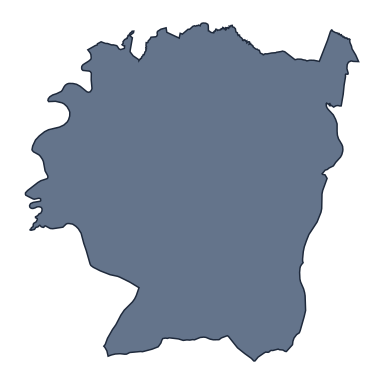 Ban Na Doem, Surat Thani, Thailand
{"feature_id": "78962969B23472682189323", "entity_name": "Ban Na Doem", "entity_type": "district", "adm_level": 2, "iso_a3": "THA", "parent_name": "Thailand", "parent_adm1": "Surat Thani", "projection": "robinson", "projection_center": [99.29, 8.896], "detail": "fine", "context": "isolated", "style": "filled", "palette": "slate", "viewbox_px": 384, "rotation_deg": 0, "n_neighbors": 0, "source": "geoboundaries", "source_scale": "gbopen_adm2", "svg_char_len": 5722}
<svg xmlns="http://www.w3.org/2000/svg" viewBox="0 0 384 384"><path d="M284.7,51.7L282.4,51.1L281.3,51.5L276.4,52.3L275.8,52.7L271.5,53.0L267.1,53.9L265.4,53.8L264.3,54.1L263.7,54.8L263.0,54.7L262.6,54.1L260.3,53.1L259.3,50.3L258.4,50.2L257.3,49.2L256.7,49.3L255.5,48.8L253.2,47.0L253.1,46.1L252.4,45.8L252.2,45.2L250.8,44.4L250.7,43.7L249.2,44.2L249.8,42.8L249.5,41.9L248.3,41.8L246.9,42.8L246.8,40.8L246.0,41.3L244.8,39.8L243.8,40.5L243.5,40.0L242.6,40.3L242.5,39.2L241.7,38.1L239.7,36.5L239.5,35.1L238.1,35.4L238.1,34.6L237.6,34.3L237.4,32.8L235.9,31.9L235.4,28.8L234.0,27.3L232.3,26.8L232.3,25.4L231.0,25.5L230.3,26.3L229.4,26.2L229.8,26.9L228.4,27.5L228.8,27.9L228.7,28.5L228.1,28.4L227.6,27.6L226.2,27.8L226.4,29.1L225.7,30.0L225.4,29.9L225.2,28.0L224.1,28.9L223.5,27.8L222.8,28.4L222.6,27.9L222.2,28.7L221.4,28.7L221.2,29.4L220.4,29.3L220.1,30.0L218.2,30.0L217.5,30.4L216.7,29.3L215.8,29.2L215.2,31.1L214.6,31.0L213.9,31.6L213.9,32.7L213.4,32.8L210.9,32.4L209.2,31.0L208.4,30.8L208.3,25.8L207.8,24.3L205.8,23.2L203.1,23.0L201.4,23.5L200.4,24.9L200.2,25.8L198.6,25.1L197.8,25.7L197.0,25.5L195.6,26.2L194.6,25.8L192.9,26.3L189.6,29.3L188.0,29.3L182.4,34.1L180.2,33.3L179.2,38.1L166.8,32.3L166.1,27.8L160.9,29.2L157.5,31.4L157.1,32.8L157.4,34.9L156.5,36.4L155.6,36.8L151.0,37.2L150.2,38.8L148.1,41.1L147.9,42.4L147.6,42.7L146.2,42.6L146.0,45.5L146.5,46.8L145.9,47.1L145.7,48.0L146.4,48.8L145.8,49.7L146.0,50.3L145.6,51.3L145.0,51.9L144.1,54.7L143.2,54.7L142.9,55.7L141.8,56.8L141.4,58.3L140.6,58.5L140.3,59.3L139.8,59.3L138.9,60.7L138.8,60.0L138.2,59.3L133.1,55.8L130.1,51.8L130.2,50.3L132.4,37.8L130.1,35.9L130.0,35.5L133.5,32.7L133.8,31.1L132.1,31.2L131.6,32.0L130.1,33.1L128.8,35.2L128.0,35.5L128.1,36.2L127.3,37.4L127.2,38.4L126.4,38.4L125.8,39.1L124.7,39.5L123.0,41.7L123.2,43.3L122.0,44.7L123.4,45.7L124.6,45.9L124.4,48.4L120.6,49.6L118.9,48.8L117.2,46.1L116.5,45.6L113.5,44.9L111.5,44.9L107.6,43.5L105.4,43.4L101.1,41.8L97.4,43.8L97.1,45.0L95.4,45.5L87.8,49.8L90.1,52.8L90.9,54.6L91.2,58.0L90.8,59.3L88.7,61.1L83.1,64.6L81.8,66.3L81.6,68.0L81.9,69.4L82.9,70.4L89.3,71.1L90.3,71.6L91.3,73.1L91.2,79.9L92.0,88.5L91.3,90.4L90.0,91.9L88.3,92.3L86.8,91.7L80.2,86.3L76.6,84.3L73.0,83.5L69.0,83.4L67.2,83.9L65.4,85.1L64.2,86.6L62.2,90.3L61.3,91.4L56.5,93.7L52.8,94.9L49.9,96.7L48.3,98.7L47.9,100.4L48.7,101.6L55.5,101.3L62.0,102.8L64.1,103.9L67.0,106.6L69.2,110.5L69.8,112.3L69.7,116.1L68.6,119.6L67.3,121.9L63.9,125.0L59.5,127.1L48.6,129.7L44.6,131.7L39.3,135.9L35.5,140.0L32.7,146.0L32.0,149.6L32.3,150.5L33.6,151.9L38.9,154.8L40.3,156.2L42.4,159.3L43.4,161.6L45.1,170.9L47.7,175.7L47.9,176.9L47.8,177.9L47.0,178.7L40.9,180.7L37.9,182.5L27.6,190.5L25.5,192.8L25.4,194.2L25.9,195.3L33.2,199.0L34.4,199.2L38.4,198.3L39.8,198.4L40.6,198.9L40.7,200.7L40.2,201.2L33.2,202.4L30.6,203.6L29.6,205.4L29.7,206.8L30.2,207.6L31.3,208.3L32.9,208.5L35.0,207.9L37.0,206.9L39.1,206.7L41.0,207.3L41.7,208.1L42.1,209.3L41.9,211.0L41.0,212.8L40.3,213.5L39.3,213.6L37.6,215.7L35.5,216.8L35.5,217.7L37.3,218.6L37.4,219.3L36.2,221.8L33.7,223.4L33.3,224.2L33.1,226.5L31.4,227.8L31.0,228.9L30.1,229.5L30.2,230.1L31.5,230.2L34.5,229.4L35.9,227.4L37.9,226.9L39.6,225.3L39.9,225.3L41.3,226.8L43.2,227.4L43.8,227.3L44.4,226.2L45.4,225.9L50.3,228.5L52.8,228.7L62.9,227.2L66.1,224.1L67.1,223.6L68.9,223.5L72.6,224.1L75.9,226.3L78.3,228.7L81.1,233.2L83.8,243.4L86.3,250.7L90.1,264.0L90.9,265.5L93.3,267.3L100.4,270.9L110.1,274.7L117.6,276.3L119.9,277.2L129.6,282.0L139.0,287.7L136.3,295.5L134.7,298.8L132.5,301.9L124.3,310.1L120.9,315.1L115.9,324.7L112.5,329.5L107.5,338.3L105.2,344.5L103.8,346.2L104.9,347.4L106.9,350.9L108.1,356.2L111.6,354.9L115.4,354.0L120.1,353.7L124.8,354.2L126.6,354.1L129.8,352.5L140.7,351.5L142.5,351.7L152.0,349.2L158.2,346.8L160.9,343.0L161.8,340.3L162.7,338.6L165.2,338.1L167.6,338.4L169.1,337.8L178.4,338.9L183.2,340.4L186.9,339.9L189.9,340.1L192.5,339.6L194.5,339.8L200.1,337.5L203.7,337.1L206.0,337.4L210.0,339.1L213.3,339.8L218.7,339.7L219.2,339.6L221.4,337.9L227.3,335.7L228.5,336.5L237.5,347.8L244.6,353.5L251.4,358.4L253.7,360.9L254.2,361.0L255.0,360.9L258.1,357.1L263.9,353.1L265.6,352.1L268.1,352.3L269.5,351.7L269.9,351.1L271.0,350.4L272.8,350.5L278.2,349.1L279.4,349.7L282.8,350.0L285.2,351.4L286.4,351.5L292.5,344.7L292.9,341.4L294.0,338.1L296.6,334.6L299.3,332.8L300.2,330.6L304.1,316.9L305.6,310.5L305.1,295.8L304.6,292.6L303.6,288.9L300.6,282.0L299.9,279.0L299.6,272.4L300.0,268.1L300.4,266.5L301.5,264.6L303.1,262.7L302.6,261.2L302.6,258.9L303.3,251.6L304.3,246.8L306.4,240.8L308.9,234.5L317.1,222.0L321.0,212.2L321.7,208.6L322.0,194.0L322.7,190.5L327.1,178.4L325.0,174.8L322.7,174.4L322.1,173.8L325.2,170.1L327.3,169.5L329.1,168.0L333.4,165.9L335.6,162.5L340.5,157.1L341.8,154.7L342.7,151.4L342.9,149.7L342.6,146.4L341.8,144.4L338.5,138.8L337.4,135.2L337.1,131.2L337.1,123.9L335.6,119.4L333.3,114.9L327.9,109.1L326.8,107.4L326.3,105.9L326.2,103.6L326.7,103.1L328.3,104.2L329.8,103.5L330.3,104.3L329.4,105.2L329.4,105.6L330.2,105.8L331.2,105.4L333.7,107.1L335.8,105.8L337.9,105.5L339.9,106.0L341.2,105.9L343.2,94.3L344.1,85.3L345.5,76.8L345.4,74.8L345.8,74.1L347.8,74.2L348.1,73.9L348.1,72.9L346.9,68.6L347.2,64.6L348.5,62.2L351.1,60.9L353.2,61.4L358.6,61.6L355.7,55.0L352.0,48.8L351.5,46.2L349.9,42.4L349.7,40.4L350.0,39.5L349.0,38.8L347.8,39.2L347.0,38.1L346.6,38.3L345.9,37.7L345.5,38.1L344.5,37.8L344.1,36.9L343.1,37.1L342.9,36.1L341.2,35.7L341.3,34.8L340.6,35.0L340.0,34.5L339.3,34.5L339.2,33.8L338.7,34.1L338.2,33.8L338.1,34.4L338.0,33.2L335.2,32.5L332.7,31.1L331.8,29.9L331.3,30.2L330.9,31.2L330.6,31.2L330.1,32.5L327.5,40.4L319.3,61.4L314.0,60.3L309.8,60.2L306.9,60.9L305.2,60.1L303.5,59.9L301.2,59.2L297.7,59.1L295.0,59.7L284.7,51.7Z" fill="#64748b" stroke="#1e293b" stroke-width="1.5"/></svg>